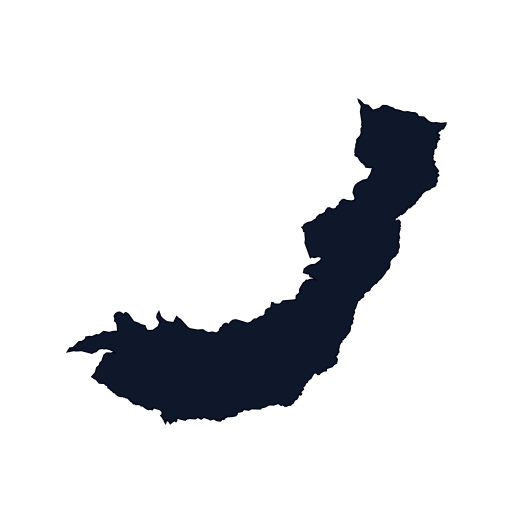 outline of Victor Fajardo, Ayacucho, Peru, rotated 109°
{"feature_id": "86281439B25183638653455", "entity_name": "Victor Fajardo", "entity_type": "district", "adm_level": 2, "iso_a3": "PER", "parent_name": "Peru", "parent_adm1": "Ayacucho", "projection": "robinson", "projection_center": [-74.315, -13.871], "detail": "fine", "context": "isolated", "style": "filled", "palette": "ink", "viewbox_px": 512, "rotation_deg": 109, "n_neighbors": 0, "source": "geoboundaries", "source_scale": "gbopen_adm2", "svg_char_len": 6116}
<svg xmlns="http://www.w3.org/2000/svg" viewBox="0 0 512 512"><g transform="rotate(109 256 256)"><path d="M68.4,119.7L70.6,124.4L71.4,129.3L72.5,131.4L73.0,134.4L72.6,136.9L70.1,142.5L71.5,147.8L69.5,149.7L68.9,152.2L69.9,155.6L70.2,159.4L71.8,163.1L71.7,168.4L72.5,172.4L71.6,174.1L71.7,178.3L71.3,181.2L72.5,185.1L76.2,187.2L79.9,192.2L80.1,193.6L77.1,199.1L77.8,203.2L75.2,208.5L74.9,210.0L77.0,208.5L79.0,205.8L80.2,205.0L85.5,204.1L95.0,199.2L97.7,198.6L99.1,197.4L101.5,198.0L105.4,196.4L108.4,196.4L113.0,198.5L115.8,197.6L118.1,197.8L120.4,196.9L122.9,196.9L126.0,196.0L127.3,194.7L128.2,195.3L128.8,194.2L129.2,191.3L131.1,189.6L133.0,186.7L133.1,185.0L133.9,184.1L134.2,182.8L136.1,181.1L135.2,177.0L134.2,175.3L134.6,174.5L138.8,174.2L141.0,174.2L145.4,175.2L146.3,174.8L148.0,176.6L149.6,179.4L154.3,183.6L156.6,184.9L159.5,185.3L164.3,184.8L169.3,180.6L170.1,181.1L171.2,180.8L173.0,183.5L174.1,188.2L173.9,191.4L175.2,193.0L178.4,194.3L181.0,193.9L182.5,195.3L183.7,195.8L184.9,195.5L186.7,198.3L186.9,200.9L186.5,201.8L187.3,203.7L189.7,204.6L192.3,204.7L195.5,207.5L196.0,209.1L199.2,210.9L202.4,211.5L202.7,212.5L205.4,214.3L207.8,218.1L209.2,219.4L210.6,220.5L213.2,220.9L213.9,221.8L214.9,220.0L217.2,218.8L217.3,217.4L217.9,216.8L219.1,216.8L224.1,214.5L227.6,213.8L239.8,204.0L238.5,203.2L238.4,200.4L236.1,197.1L235.8,194.2L236.9,193.3L239.0,193.4L244.8,197.3L246.4,201.0L248.8,203.5L252.5,206.0L256.1,205.6L256.0,201.5L255.1,200.4L257.8,198.0L257.6,194.8L259.0,192.0L259.6,195.1L261.4,198.2L262.4,198.9L262.6,200.6L264.4,201.1L266.1,202.4L272.5,203.7L274.3,203.5L276.3,202.5L280.4,204.9L284.1,203.8L285.3,205.6L289.8,215.8L292.6,216.9L294.1,218.2L295.6,222.9L294.7,224.6L295.0,225.8L300.4,225.0L301.5,227.1L303.8,228.9L306.2,228.9L307.6,228.3L310.6,229.4L311.9,232.2L315.4,234.7L316.3,237.1L320.2,239.2L322.5,242.2L322.8,252.7L323.1,254.6L324.4,256.9L326.7,258.5L329.1,259.1L329.9,260.6L329.4,261.5L329.6,262.8L331.2,264.3L332.7,264.9L333.8,264.6L335.3,266.1L337.5,266.5L338.5,265.9L341.1,267.6L342.0,268.8L342.2,272.4L344.2,276.1L344.0,279.3L343.1,282.2L345.2,287.1L346.5,295.2L345.6,298.0L340.8,306.5L340.2,309.2L339.2,311.2L345.9,312.1L347.3,319.1L345.7,324.2L344.1,326.7L340.4,329.6L343.4,330.2L346.1,329.8L347.5,328.6L349.7,325.3L354.4,325.3L360.0,329.2L362.0,334.3L361.0,335.9L358.2,338.3L358.6,343.0L357.9,345.2L358.0,350.3L352.8,357.6L352.0,360.1L352.2,361.1L353.9,361.4L354.4,362.1L353.5,366.4L354.2,368.1L356.2,369.9L358.9,370.5L360.9,368.9L363.4,368.5L363.8,366.9L365.9,364.9L372.2,362.1L373.9,366.3L376.2,369.9L377.1,375.5L381.9,378.7L382.4,381.2L386.1,385.1L386.2,386.9L388.1,390.4L389.3,390.0L391.3,390.8L393.9,393.1L394.6,395.4L402.3,399.0L403.7,402.1L407.9,403.1L404.5,397.3L404.3,395.5L402.1,390.2L401.3,379.3L399.9,378.4L398.5,376.2L395.2,374.5L393.3,371.4L393.2,369.4L392.2,367.7L391.9,363.6L392.4,359.7L393.4,358.0L393.7,359.3L395.2,361.4L396.4,365.6L399.1,367.4L405.6,367.4L408.0,368.7L409.9,368.2L413.5,370.2L418.7,369.8L423.6,371.9L424.6,368.4L424.4,367.3L427.1,362.9L425.8,358.0L426.8,355.8L426.7,354.1L428.8,352.9L428.8,351.6L430.1,349.1L430.0,348.5L431.4,346.0L431.0,344.1L432.1,343.3L433.0,340.9L432.8,337.8L431.9,336.8L432.4,335.5L432.0,334.2L432.4,332.9L431.9,331.2L434.3,326.7L434.4,325.3L435.6,323.9L435.0,323.2L435.5,321.2L434.5,318.9L434.4,317.0L435.1,315.8L434.5,314.5L435.9,310.3L436.2,307.7L435.2,306.2L435.1,304.1L432.7,303.2L432.5,296.8L433.4,294.5L434.7,293.6L436.5,293.1L437.8,294.0L439.8,290.9L440.7,290.3L440.6,288.9L442.1,288.9L443.6,287.1L442.0,287.0L441.2,287.5L440.4,287.0L440.6,284.7L442.4,282.5L438.7,280.2L438.2,279.3L438.6,277.8L437.5,277.4L436.1,278.0L434.5,277.1L434.8,275.5L434.2,269.4L432.5,268.5L431.1,265.9L429.6,260.3L427.4,258.7L428.0,254.7L425.4,252.9L425.4,247.1L425.8,245.9L423.9,243.3L423.7,242.1L424.3,240.0L423.7,236.2L422.8,235.5L421.3,235.5L421.0,233.2L419.4,232.8L417.0,230.6L415.6,226.6L413.6,223.3L412.2,222.5L409.7,222.6L407.5,218.6L404.9,217.7L404.1,212.8L401.8,210.6L399.1,202.0L397.5,201.4L395.8,198.4L392.4,195.3L391.0,190.7L387.9,186.9L389.0,183.7L387.7,182.1L388.6,180.0L388.1,178.4L386.5,176.9L385.7,174.7L384.5,174.4L383.1,173.1L379.8,172.7L378.0,170.9L375.7,170.4L373.1,171.0L372.9,168.7L372.3,168.1L371.4,168.1L371.2,169.3L370.7,169.4L368.9,169.1L366.7,167.8L364.7,169.3L362.8,167.8L360.7,167.9L359.3,167.3L358.7,166.5L356.5,166.4L353.7,164.3L349.7,163.7L347.5,162.8L346.8,160.7L347.9,159.1L347.4,157.8L345.4,157.0L342.5,154.5L341.7,152.3L339.4,152.8L335.7,147.9L333.3,147.1L331.1,145.1L327.3,145.5L325.0,148.3L322.7,147.0L321.7,147.2L319.8,146.4L317.2,147.9L316.0,147.6L313.4,148.3L309.9,147.7L309.3,146.9L307.6,147.7L306.5,146.4L305.1,146.1L303.7,144.9L303.0,145.2L296.6,142.9L293.2,143.4L291.3,144.5L288.3,143.0L287.2,143.1L286.1,144.1L283.6,143.5L281.8,145.0L277.5,144.6L275.0,145.9L273.4,145.2L265.2,145.2L263.7,143.7L262.2,143.4L259.7,141.2L258.7,141.2L257.3,142.1L255.3,141.3L253.5,140.0L252.2,138.1L250.8,137.3L249.5,137.6L245.6,135.9L243.3,134.7L242.7,133.5L238.8,132.2L236.8,130.8L230.4,128.6L227.7,128.2L224.2,126.3L220.3,126.7L218.0,127.8L216.4,127.6L213.0,126.2L210.2,124.1L208.8,124.2L206.6,123.0L203.3,123.8L201.3,123.5L198.6,124.5L195.9,126.6L194.9,126.0L193.7,126.6L192.2,126.2L188.6,128.4L183.4,128.7L182.5,129.8L180.8,129.2L179.3,130.4L177.1,130.7L175.7,132.7L176.5,134.2L178.0,134.6L177.9,136.0L174.8,136.9L173.7,135.3L172.2,134.9L171.3,133.9L169.8,133.7L169.2,131.7L165.8,129.4L162.8,128.7L162.0,128.0L160.6,128.1L160.2,126.2L155.6,123.7L154.9,122.8L152.4,122.8L150.2,121.4L148.8,121.5L145.9,119.8L143.2,119.5L140.8,118.2L138.4,116.4L136.4,113.4L135.0,113.1L131.8,109.6L130.6,109.1L128.4,109.7L126.5,108.9L123.0,110.9L120.3,109.5L119.5,110.3L119.3,112.7L118.7,112.8L117.1,111.3L116.3,111.2L111.5,117.9L108.6,117.3L108.3,119.4L106.7,120.7L105.2,120.6L103.8,121.7L101.4,121.2L100.1,122.1L98.9,122.0L98.1,122.8L96.1,122.0L95.6,121.2L93.8,120.9L90.8,122.2L88.6,121.6L87.6,122.2L85.8,120.5L83.7,122.7L82.7,121.8L81.9,121.9L81.2,124.4L80.4,124.8L79.4,124.0L78.6,124.4L77.9,123.0L75.1,122.0L75.1,120.9L74.5,120.3L69.8,119.4L68.4,119.7Z" fill="#0f172a" stroke="#020617" stroke-width="1.5"/></g></svg>